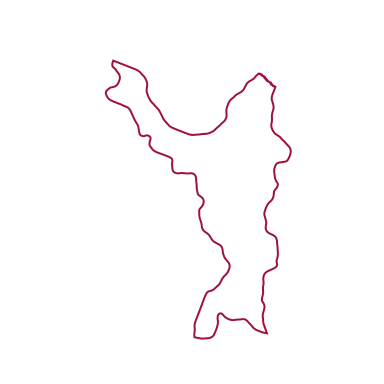 Estebania, Azua, Dominican Republic, rotated 201°
{"feature_id": "3306468B97025454858192", "entity_name": "Estebania", "entity_type": "district", "adm_level": 2, "iso_a3": "DOM", "parent_name": "Dominican Republic", "parent_adm1": "Azua", "projection": "mercator", "projection_center": [-70.626, 18.542], "detail": "fine", "context": "isolated", "style": "outline", "palette": "rose", "viewbox_px": 384, "rotation_deg": 201, "n_neighbors": 0, "source": "geoboundaries", "source_scale": "gbopen_adm2", "svg_char_len": 5813}
<svg xmlns="http://www.w3.org/2000/svg" viewBox="0 0 384 384"><g transform="rotate(201 192 192)"><path d="M151.8,319.9L152.3,319.9L152.3,320.2L153.4,320.2L153.4,319.9L153.7,319.9L153.7,320.2L154.3,320.2L154.3,320.5L155.8,320.5L155.8,320.8L156.4,320.8L156.4,321.1L156.7,321.1L156.7,321.4L157.3,321.4L157.3,321.7L157.6,321.7L157.6,322.0L157.9,322.0L157.9,322.4L160.8,322.4L160.8,322.7L161.4,322.7L161.4,323.0L162.0,323.0L162.0,323.3L162.6,323.3L162.6,323.6L163.2,323.6L163.2,323.9L163.4,323.9L163.4,324.2L164.3,324.2L164.3,324.5L164.9,324.5L164.9,324.8L165.2,324.8L165.2,325.1L165.5,325.1L165.5,325.5L166.7,325.5L166.7,325.8L168.5,325.8L168.5,326.1L169.0,326.1L169.0,326.7L171.1,326.7L171.1,326.4L172.3,326.4L173.8,323.3L174.4,321.2L175.0,319.9L175.9,318.6L178.3,315.6L179.1,314.3L179.4,313.6L179.8,312.2L180.4,307.0L180.7,305.5L181.0,304.8L181.3,304.1L182.1,302.8L185.1,299.2L185.9,298.0L187.1,295.3L188.8,292.3L189.3,291.0L189.6,289.5L189.8,287.2L189.7,284.1L189.5,281.8L188.9,279.6L187.4,276.5L186.9,275.2L186.7,273.7L186.7,272.2L186.9,270.8L187.4,269.4L189.0,266.4L190.1,263.7L191.8,260.7L193.0,258.1L193.7,256.8L195.1,255.0L197.4,252.8L199.3,251.5L202.0,250.4L205.6,248.4L208.3,247.2L211.3,245.7L212.7,245.2L215.1,244.8L217.6,244.7L230.2,244.8L234.3,245.0L235.9,245.3L237.3,245.8L240.4,247.4L243.0,248.7L245.0,250.1L250.4,255.1L252.3,256.6L253.6,257.4L256.2,258.6L259.2,260.2L261.9,261.4L263.3,262.3L265.2,263.8L267.0,265.5L268.6,267.3L269.7,268.6L270.5,270.0L271.1,271.4L271.9,275.0L272.3,276.4L273.0,277.7L274.0,279.0L275.6,280.7L277.4,282.2L278.1,282.6L280.7,283.8L283.8,285.4L285.2,285.8L286.0,286.0L289.2,286.3L312.6,286.4L312.5,284.3L312.3,282.9L311.8,281.7L311.5,281.2L310.5,280.4L307.2,279.1L305.4,277.7L302.7,276.1L301.7,275.2L300.9,274.1L300.2,272.7L300.0,271.9L299.8,270.2L299.8,267.7L300.1,266.1L300.6,264.6L301.4,263.4L302.3,262.4L303.3,261.7L304.9,260.7L305.9,259.8L307.5,257.2L308.0,256.1L308.1,255.5L308.2,254.9L308.1,254.2L307.9,253.5L307.1,252.3L305.6,250.7L304.3,249.8L302.9,249.0L302.1,248.8L300.4,248.5L297.9,248.3L290.1,248.3L285.8,248.0L283.3,248.0L282.0,247.8L280.6,247.2L279.2,246.4L278.0,245.3L272.0,239.4L270.1,237.7L266.2,234.7L265.5,233.6L262.2,228.1L261.3,227.2L260.2,226.6L259.5,226.5L258.3,226.5L257.1,226.8L256.6,227.1L255.1,228.4L254.1,228.8L252.9,229.0L252.2,228.9L251.0,228.5L250.5,228.1L250.1,227.6L249.8,227.0L249.6,225.6L249.3,222.8L248.9,221.4L248.5,220.8L247.6,219.8L244.9,218.1L243.7,217.4L242.3,216.9L240.6,216.6L238.1,216.5L226.4,216.6L224.1,216.3L222.8,215.8L222.2,215.3L221.5,214.2L220.7,211.1L220.2,209.8L218.4,206.3L217.7,205.3L217.2,204.8L216.0,204.2L215.4,204.0L214.0,203.9L212.6,204.1L211.9,204.3L208.3,206.1L206.9,206.5L203.3,207.5L202.0,208.0L200.3,208.9L199.0,209.4L197.6,209.5L196.9,209.5L195.6,209.0L194.5,208.2L193.6,207.1L193.2,206.6L191.8,203.3L190.2,200.3L188.8,196.9L186.0,192.4L185.6,192.0L184.4,191.4L181.9,190.8L180.5,190.3L179.9,190.0L178.9,189.2L178.0,188.1L177.7,187.5L177.3,186.0L177.2,183.9L177.6,181.8L178.7,179.0L178.8,178.4L178.6,177.2L176.9,172.9L176.2,171.6L175.4,170.4L172.4,166.7L171.5,165.3L170.2,162.8L169.4,161.7L168.4,160.8L167.2,160.1L165.8,159.5L162.4,158.7L161.0,158.1L159.7,157.3L156.6,154.9L154.6,153.8L153.9,153.5L152.3,153.2L147.5,152.6L145.9,152.1L145.3,151.8L144.2,151.0L143.3,149.9L142.6,148.8L141.3,146.2L140.4,145.0L138.8,143.2L137.7,142.2L136.4,141.3L132.7,139.3L131.2,137.9L130.4,136.7L129.9,135.1L129.7,132.7L129.8,130.2L130.4,127.8L131.9,124.7L132.3,123.3L132.7,121.7L133.2,116.8L133.6,115.2L136.4,109.6L137.1,108.4L138.4,107.0L140.9,105.1L141.3,104.6L141.7,104.0L142.2,102.7L142.4,101.1L142.5,97.8L142.4,87.5L142.4,75.4L142.4,72.8L142.2,70.3L141.7,67.9L140.2,64.8L139.8,63.5L138.7,59.4L137.6,57.3L131.5,58.3L129.4,59.0L126.3,60.5L124.4,61.3L123.2,62.0L121.7,63.5L120.9,64.7L120.4,66.2L120.2,68.6L120.1,72.7L120.4,76.8L120.9,79.2L121.4,80.5L123.0,83.5L123.5,85.5L123.4,86.8L123.3,87.4L123.0,88.0L122.6,88.5L122.0,88.9L121.4,89.0L120.1,88.9L119.0,88.5L116.9,87.3L115.4,86.8L112.9,86.5L110.4,86.5L108.8,86.8L108.0,87.0L106.7,87.6L104.3,89.0L101.7,90.1L99.3,91.4L98.1,91.9L96.7,92.0L96.0,92.0L94.6,91.6L91.7,90.1L89.1,88.9L86.1,87.2L84.6,86.7L83.8,86.5L81.4,86.2L78.0,86.2L75.4,86.3L71.4,86.9L73.8,89.8L77.0,93.4L78.4,95.2L79.1,96.6L80.0,98.6L81.6,101.6L82.2,103.8L82.6,108.2L83.0,110.4L83.6,111.7L84.4,112.8L85.3,113.7L87.3,115.2L87.7,115.6L88.3,116.7L88.6,118.0L89.2,122.4L89.6,123.8L91.3,127.6L91.7,129.0L92.3,131.9L92.8,133.3L94.3,136.3L94.7,137.7L95.0,139.2L95.0,140.7L94.7,142.2L94.1,143.6L92.6,145.5L88.1,150.1L87.2,151.3L86.5,152.6L86.4,153.2L86.4,154.5L86.9,155.5L87.8,156.7L88.3,157.8L88.5,159.1L88.8,162.0L89.3,164.2L89.8,165.5L91.3,168.6L92.7,171.9L94.1,174.3L95.2,176.9L96.0,178.1L96.9,179.1L97.4,179.6L98.6,180.3L99.3,180.5L100.8,180.8L105.2,181.2L106.6,181.5L107.9,182.0L109.0,182.9L109.9,184.0L110.5,185.2L111.5,189.4L112.1,190.8L112.9,192.1L115.7,195.8L116.5,197.1L117.0,198.7L117.2,200.3L117.3,202.8L117.2,205.3L117.0,206.9L116.5,209.2L114.7,212.9L114.3,215.1L114.3,216.5L114.5,218.0L115.4,221.0L115.6,222.1L115.4,223.2L114.8,224.9L114.4,226.1L114.3,227.5L114.3,228.9L114.7,230.1L115.0,230.7L115.5,231.1L117.5,232.6L118.4,233.5L119.3,234.5L120.0,235.6L123.0,241.3L123.5,243.5L123.6,245.7L123.4,247.9L122.9,249.1L122.5,249.7L121.5,250.5L115.5,254.0L115.0,254.4L114.6,255.0L114.3,255.7L114.1,256.4L113.8,257.9L113.7,261.1L113.9,263.6L114.3,265.2L114.6,265.9L114.9,266.5L115.8,267.7L116.8,268.6L117.4,269.0L120.6,270.5L123.7,272.1L126.4,273.2L129.4,274.8L130.8,275.2L135.1,276.2L136.5,276.8L138.4,278.2L139.5,279.2L140.6,280.4L141.4,281.7L141.8,282.4L142.2,283.8L142.8,286.7L143.2,288.1L144.8,291.9L145.3,294.1L145.7,298.6L146.3,300.8L146.7,301.5L147.5,302.7L150.3,306.4L151.1,307.7L151.3,308.4L151.7,309.9L151.8,311.4L151.8,316.9L151.8,319.9Z" fill="none" stroke="#9f1239" stroke-width="2"/></g></svg>